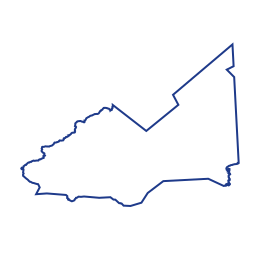 the district of Sohe District, Northern, Papua New Guinea, rotated 87°
{"feature_id": "67681753B17052128293430", "entity_name": "Sohe District", "entity_type": "district", "adm_level": 2, "iso_a3": "PNG", "parent_name": "Papua New Guinea", "parent_adm1": "Northern", "projection": "equal_earth", "projection_center": [147.829, -8.649], "detail": "fine", "context": "isolated", "style": "outline", "palette": "blue", "viewbox_px": 256, "rotation_deg": 87, "n_neighbors": 0, "source": "geoboundaries", "source_scale": "gbopen_adm2", "svg_char_len": 5668}
<svg xmlns="http://www.w3.org/2000/svg" viewBox="0 0 256 256"><g transform="rotate(87 128 128)"><path d="M50.0,19.3L97.2,81.3L107.5,76.5L131.9,109.9L104.2,142.0L105.1,142.0L105.5,142.1L105.8,142.1L106.1,142.5L106.8,142.3L107.3,142.4L107.4,142.8L107.6,142.9L107.8,142.9L108.0,143.2L108.5,143.4L108.7,143.2L108.9,143.3L109.1,143.3L109.3,143.8L109.3,144.1L109.4,144.3L109.5,144.7L109.6,144.8L108.7,145.0L108.5,145.5L108.3,145.5L107.8,146.0L107.6,146.4L107.6,146.7L107.5,147.1L107.0,148.0L107.0,148.5L106.8,148.8L106.7,149.6L106.6,150.2L106.8,150.7L106.7,151.2L107.2,151.7L107.4,152.0L107.6,152.2L108.3,152.6L108.5,152.8L108.7,153.6L108.9,154.0L109.4,154.1L109.5,154.3L109.5,154.7L109.6,154.9L110.0,155.1L110.2,155.4L110.8,155.6L111.1,155.9L111.8,156.4L112.2,157.1L112.3,157.4L112.4,158.0L112.3,158.7L112.3,159.1L112.4,159.6L112.3,160.3L112.7,161.3L112.8,161.6L113.7,163.5L113.6,164.0L113.8,164.6L113.9,165.1L114.1,165.4L114.7,166.2L115.1,167.3L116.1,169.1L117.6,169.9L118.1,170.3L118.3,170.7L118.3,170.9L118.3,171.1L118.6,171.1L119.5,171.0L119.8,171.1L120.0,171.3L120.0,171.7L119.2,173.4L119.1,174.1L118.6,174.8L118.5,175.1L118.5,175.6L118.6,176.2L118.6,177.1L118.7,178.0L119.1,178.8L119.6,179.0L120.3,180.1L120.7,180.4L122.3,180.5L123.4,180.9L123.5,180.8L123.6,180.6L123.9,180.0L124.3,179.8L124.8,180.0L125.9,180.6L126.2,181.0L127.1,181.2L127.5,181.2L127.9,181.0L128.2,181.0L128.4,181.0L128.6,181.3L129.3,181.5L129.6,181.4L129.8,181.9L129.8,183.6L129.9,184.2L130.4,184.9L131.0,185.3L131.8,186.4L131.9,186.8L132.0,186.6L132.6,187.4L132.9,188.1L133.3,188.5L133.4,189.0L133.7,189.3L133.7,189.9L133.7,190.4L133.9,190.6L134.6,191.0L134.7,191.3L134.9,192.6L135.0,192.7L135.3,192.8L135.6,192.6L135.9,192.6L136.1,192.7L136.3,193.0L136.8,193.3L137.0,193.5L137.0,194.4L137.1,194.9L137.1,195.3L137.0,196.2L136.8,196.6L136.8,196.9L137.0,197.1L137.4,197.4L137.5,197.7L137.9,197.8L138.0,198.0L138.2,198.7L138.4,199.2L138.4,199.8L138.6,200.1L138.8,200.9L138.7,202.1L138.8,202.2L139.5,202.7L140.3,203.1L140.5,203.3L140.6,203.6L140.9,204.1L141.3,204.4L141.4,204.5L141.6,205.0L142.1,207.2L142.4,207.6L142.3,208.3L142.3,209.1L142.2,209.4L142.2,210.2L142.0,211.2L142.0,211.5L142.4,212.9L142.4,213.3L142.4,214.1L142.3,214.4L142.4,214.7L143.4,215.0L144.1,215.3L144.9,214.8L145.1,214.9L145.4,215.1L146.1,215.5L146.5,215.5L147.0,215.3L147.4,214.9L147.7,214.5L148.3,214.1L148.7,213.2L148.9,212.9L149.1,212.8L150.1,213.0L151.0,212.6L151.2,212.4L151.3,212.5L151.1,213.2L151.1,213.5L151.2,213.8L151.4,213.9L151.6,213.7L151.9,213.8L152.2,213.9L152.5,213.7L153.2,213.7L153.5,213.8L153.6,214.6L153.8,214.9L153.9,215.3L154.0,215.6L154.3,216.3L154.5,216.6L154.7,216.9L154.7,217.1L154.6,217.5L154.8,217.8L154.9,218.4L155.2,218.8L155.8,219.2L155.8,219.5L155.7,221.1L155.8,221.9L155.9,223.1L155.8,223.5L155.6,223.9L155.8,224.7L155.9,224.8L156.1,225.6L156.4,226.1L156.6,226.2L156.8,226.5L156.7,227.1L156.7,227.4L156.9,227.7L157.3,228.2L157.2,229.0L157.3,229.3L158.0,230.3L158.7,231.0L158.9,231.2L158.9,231.4L159.1,231.5L159.5,231.7L159.5,232.5L160.2,233.5L160.5,233.8L160.8,234.3L161.0,234.3L161.6,234.4L162.0,234.6L162.2,235.1L162.0,235.9L162.1,236.2L162.4,236.4L162.7,236.6L163.0,236.7L163.4,236.4L163.6,236.2L163.6,235.6L163.4,235.0L163.5,234.7L164.3,234.5L165.7,234.9L166.2,234.9L166.8,235.1L167.1,235.1L167.4,235.0L167.7,234.7L168.0,234.6L168.7,235.1L169.2,235.3L169.4,235.3L169.9,235.1L170.1,235.1L170.3,235.2L173.5,231.9L173.9,231.3L174.4,230.8L174.9,230.3L175.5,229.9L176.6,228.7L176.6,228.1L177.7,226.4L178.2,224.5L178.4,224.1L179.1,222.1L179.4,220.7L182.7,219.3L189.3,223.2L189.1,212.5L191.6,193.5L192.8,192.2L193.6,192.2L193.9,192.4L194.2,192.4L194.5,192.1L194.9,192.3L195.4,191.6L195.7,191.7L196.2,191.6L196.2,191.3L196.4,191.4L196.7,191.0L196.9,190.2L197.2,189.9L197.3,189.5L197.5,189.3L198.2,188.1L198.1,187.1L197.7,186.2L197.4,185.3L196.9,185.1L196.2,184.7L195.6,183.8L195.0,183.6L194.9,182.5L194.0,181.1L194.1,179.8L194.3,178.6L194.1,175.5L196.2,160.4L196.2,149.2L198.7,146.3L198.9,144.4L202.6,140.8L202.7,139.2L203.2,138.8L203.2,138.2L205.3,136.5L206.0,129.6L203.3,118.5L193.9,111.7L182.9,95.5L182.9,50.5L190.9,35.4L190.9,35.1L190.6,34.7L190.6,34.4L190.5,34.1L190.8,33.7L190.7,33.0L190.6,32.9L190.3,33.1L190.2,33.3L189.9,33.2L189.7,32.9L189.3,32.9L189.2,32.7L189.1,32.3L189.8,32.4L190.2,31.7L190.1,31.1L190.5,30.7L190.6,30.4L190.5,30.2L189.7,29.3L189.6,29.2L189.3,29.1L189.1,29.2L189.0,29.3L188.8,29.6L188.6,30.1L188.2,29.9L187.8,30.2L187.7,30.1L187.1,30.5L186.3,30.4L186.0,30.6L185.8,30.6L185.7,30.3L185.7,29.5L185.6,29.3L185.2,29.3L184.9,29.6L184.7,29.3L184.4,29.0L184.1,29.1L183.5,29.6L183.4,29.7L183.0,29.7L182.7,30.0L182.4,29.9L182.2,29.8L181.7,30.1L181.1,30.1L180.7,29.9L180.4,29.6L179.9,28.8L179.5,28.4L179.1,28.6L178.9,28.6L178.5,28.9L178.3,29.0L178.1,29.4L178.1,29.7L178.2,29.8L178.4,29.6L178.6,29.2L178.8,29.0L178.9,28.9L179.0,28.9L179.0,29.2L178.7,29.7L178.5,30.1L178.3,30.2L178.2,30.1L178.0,29.9L177.8,29.9L177.6,29.6L176.8,29.5L176.7,29.3L176.3,29.1L175.6,29.1L175.6,29.3L175.8,29.7L175.9,30.2L176.0,30.5L175.7,30.4L175.1,30.0L174.4,29.1L174.2,29.0L174.0,29.6L174.1,29.8L174.2,30.0L174.6,30.0L174.8,30.1L174.9,30.3L174.9,30.6L174.7,30.9L174.7,31.0L174.9,31.2L175.1,31.0L175.0,31.5L174.6,31.5L174.0,31.9L173.6,31.9L173.0,31.7L172.6,31.4L172.2,31.1L171.6,29.9L171.1,29.2L171.0,28.7L171.0,28.2L170.7,27.8L170.6,27.5L170.5,27.3L170.4,27.0L170.4,26.0L170.1,25.4L170.0,24.6L169.9,24.4L169.7,23.2L169.7,22.0L169.5,20.6L169.3,20.3L169.1,20.0L168.6,20.1L168.6,19.8L168.9,19.7L169.0,19.6L168.8,19.3L82.7,19.3L74.9,26.3L71.8,19.3L50.0,19.3ZM175.4,29.6L175.2,29.3L175.1,28.8L174.9,28.8L174.8,29.1L175.2,29.7L175.4,29.7L175.4,29.6Z" fill="none" stroke="#1e3a8a" stroke-width="2"/></g></svg>